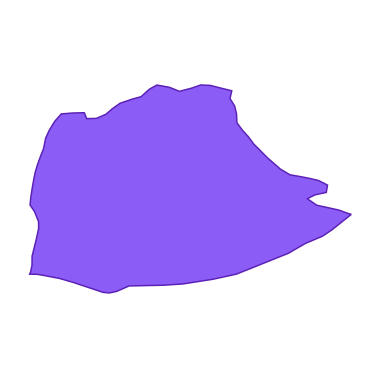 the district of VI-3 Black Bush Polder, East Berbice-Corentyne, Guyana, rotated 95°
{"feature_id": "73187651B65372022493743", "entity_name": "VI-3 Black Bush Polder", "entity_type": "district", "adm_level": 2, "iso_a3": "GUY", "parent_name": "Guyana", "parent_adm1": "East Berbice-Corentyne", "projection": "equal_earth", "projection_center": [-57.284, 6.065], "detail": "fine", "context": "isolated", "style": "filled", "palette": "violet", "viewbox_px": 384, "rotation_deg": 95, "n_neighbors": 0, "source": "geoboundaries", "source_scale": "gbopen_adm2", "svg_char_len": 1101}
<svg xmlns="http://www.w3.org/2000/svg" viewBox="0 0 384 384"><g transform="rotate(95 192 192)"><path d="M288.0,346.6L287.5,338.3L289.6,316.9L292.5,302.1L299.7,272.1L299.8,265.6L297.6,258.4L291.1,246.6L287.3,211.9L284.4,193.1L277.0,163.2L269.9,140.5L244.4,90.2L241.4,86.0L233.3,74.5L224.6,58.1L217.5,49.3L200.8,31.8L200.3,31.8L199.9,34.0L197.2,44.1L195.9,54.1L194.3,66.6L188.7,76.5L184.2,69.4L180.7,58.2L173.3,57.6L169.5,67.0L168.1,76.9L167.1,86.6L166.3,96.0L161.5,105.9L151.0,120.3L145.0,127.3L138.9,134.6L132.2,140.5L126.2,147.0L119.1,153.3L110.1,154.5L102.5,157.1L95.6,162.3L87.7,161.2L85.8,173.4L84.2,183.1L84.6,192.6L88.6,201.5L92.8,213.3L89.7,223.5L88.5,236.3L93.3,243.4L101.5,251.1L104.7,259.7L109.8,271.3L115.8,278.4L122.2,284.7L127.0,293.7L128.1,303.3L122.4,306.2L123.7,317.7L125.6,329.0L133.4,334.8L143.0,339.6L151.2,342.5L161.9,343.7L168.8,345.8L177.8,348.2L185.4,349.8L192.7,350.7L202.2,351.5L211.2,352.1L219.1,352.2L225.2,347.2L234.8,342.3L241.7,341.6L252.6,343.0L261.6,344.4L269.8,345.7L278.8,345.0L286.0,345.9L288.0,346.6Z" fill="#8b5cf6" stroke="#5b21b6" stroke-width="1.5"/></g></svg>